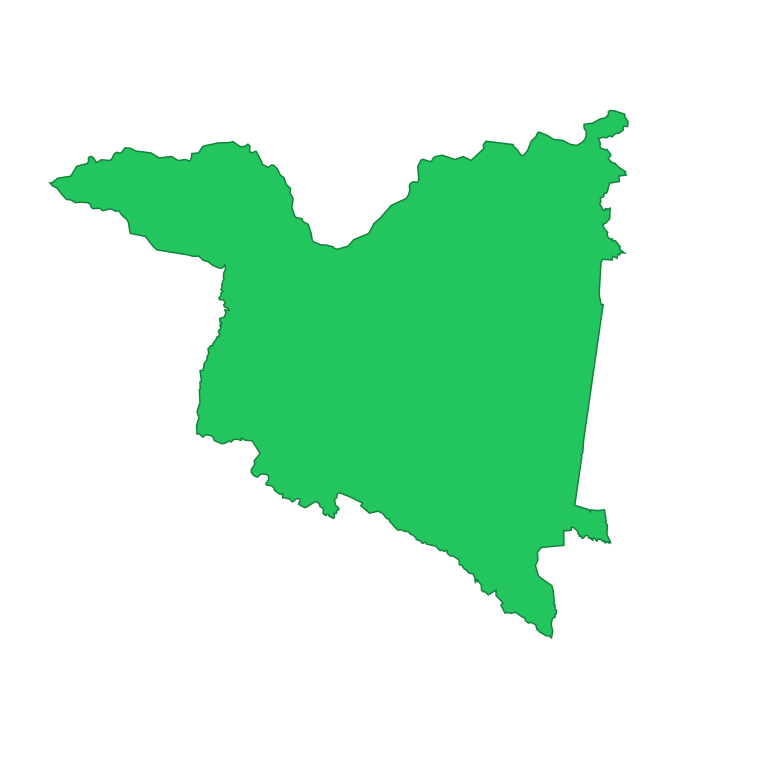 the district of Acateno, Puebla, Mexico, rotated 79°
{"feature_id": "50627088B68645229361242", "entity_name": "Acateno", "entity_type": "district", "adm_level": 2, "iso_a3": "MEX", "parent_name": "Mexico", "parent_adm1": "Puebla", "projection": "albers", "projection_center": [-97.228, 20.1], "detail": "fine", "context": "isolated", "style": "filled", "palette": "green", "viewbox_px": 768, "rotation_deg": 79, "n_neighbors": 0, "source": "geoboundaries", "source_scale": "gbopen_adm2", "svg_char_len": 6164}
<svg xmlns="http://www.w3.org/2000/svg" viewBox="0 0 768 768"><g transform="rotate(79 384 384)"><path d="M582.6,191.9L574.3,193.9L565.1,191.6L562.1,193.1L561.2,192.1L549.6,191.6L549.0,198.7L547.0,204.9L548.9,205.9L546.4,206.8L539.5,219.9L492.8,203.6L491.7,204.1L489.8,202.2L476.8,198.6L347.7,153.7L347.4,155.7L337.4,155.8L306.1,147.8L303.3,145.8L305.8,136.4L302.2,134.8L305.0,131.3L301.0,129.2L302.1,127.9L300.3,126.3L301.2,122.9L296.8,127.1L294.5,126.0L287.7,129.4L286.9,132.6L285.3,132.0L284.3,135.3L281.7,136.3L279.5,136.6L278.0,135.5L273.2,138.2L268.9,138.8L268.6,136.4L265.2,131.1L254.6,128.4L255.1,130.3L254.1,133.1L255.7,134.0L255.0,135.6L247.7,138.0L247.0,136.5L242.6,136.1L242.0,132.7L238.5,131.0L239.1,129.5L238.1,128.2L229.9,124.3L230.2,114.4L224.7,113.7L225.1,106.4L223.0,107.2L221.9,106.2L215.6,112.6L211.3,115.3L210.0,118.1L206.3,120.5L205.0,120.8L203.0,117.7L201.5,117.8L196.2,120.5L196.2,122.1L194.0,125.9L191.7,126.7L189.0,125.7L184.1,126.6L183.5,122.7L184.8,118.3L183.5,115.2L184.9,112.8L182.2,108.8L182.8,105.9L180.6,100.9L177.1,99.9L176.6,99.1L177.8,95.9L173.4,94.4L167.4,96.6L165.0,96.3L160.0,105.3L158.7,109.4L159.5,111.8L162.7,112.5L164.9,116.1L165.1,121.4L167.7,129.3L167.3,138.2L171.1,138.7L174.8,137.2L179.6,138.5L182.2,140.2L184.5,143.1L186.6,149.2L184.5,155.1L179.1,162.0L176.2,170.9L171.0,176.4L166.5,183.5L166.4,185.0L170.3,187.8L173.6,193.1L182.2,198.5L186.3,203.5L186.1,205.1L184.9,206.1L178.8,208.9L175.5,211.4L173.6,211.6L165.1,237.7L168.2,240.9L172.0,241.2L181.2,255.9L175.9,262.8L177.2,271.5L170.5,283.2L170.6,290.4L171.4,292.3L174.3,294.8L174.3,296.8L170.9,302.7L171.3,305.1L176.9,309.3L190.1,310.9L192.1,312.1L192.3,313.9L191.2,315.5L191.6,319.0L193.9,321.2L198.4,321.7L202.4,323.5L206.1,326.6L210.0,342.7L220.2,355.8L224.5,363.1L233.3,370.3L236.6,386.2L241.8,393.0L242.8,403.3L242.5,405.0L240.9,407.4L239.8,407.7L236.8,413.5L235.4,419.4L230.8,426.2L228.6,427.0L221.8,426.8L212.8,427.9L209.3,432.4L206.1,432.9L203.9,438.5L201.7,439.6L192.9,440.8L186.1,438.2L183.7,438.0L178.3,439.9L174.4,438.4L169.4,441.9L162.2,442.9L159.3,445.8L152.5,447.7L148.0,450.7L147.6,452.7L149.4,456.5L145.0,461.6L141.8,461.9L131.0,465.2L131.8,469.0L130.6,471.6L124.9,470.2L122.6,471.8L124.1,475.3L123.8,479.7L117.3,485.9L117.4,490.3L115.7,501.2L116.0,514.4L116.3,516.7L121.7,521.9L121.2,528.7L125.9,530.2L128.1,532.3L125.7,536.1L125.4,543.4L120.1,549.1L119.2,561.5L112.6,568.8L107.9,583.4L104.3,587.7L102.8,593.1L107.0,597.7L106.9,599.6L105.5,602.2L106.8,605.2L110.8,607.9L112.3,610.4L109.9,618.9L110.9,620.6L111.5,624.4L107.0,625.8L104.7,627.9L104.8,629.8L106.0,631.2L108.5,631.3L110.9,633.0L111.6,644.0L120.2,651.8L119.8,665.2L123.1,671.3L122.9,673.6L126.7,671.2L129.1,667.7L137.1,663.7L142.4,660.1L143.4,656.6L147.2,652.2L147.3,648.5L149.4,640.4L151.1,638.2L154.9,637.6L156.3,636.3L157.2,629.6L160.1,627.3L160.0,618.3L162.9,615.1L163.6,611.1L168.0,609.3L173.9,604.8L177.3,604.0L186.7,604.5L187.9,603.9L193.5,590.2L205.1,584.3L209.0,581.3L220.1,551.2L222.2,547.1L223.2,541.4L228.0,537.9L230.2,533.6L235.1,529.1L238.6,524.0L239.3,520.7L236.6,517.3L241.4,517.8L244.2,520.0L248.2,521.2L250.1,521.0L255.6,524.4L258.0,524.3L260.5,526.2L262.3,524.4L263.7,526.8L266.2,527.1L268.0,529.6L269.8,529.5L270.5,525.7L274.3,524.2L275.5,526.2L277.7,526.0L280.3,522.4L282.2,521.9L280.8,526.1L284.0,525.6L287.6,527.7L288.4,532.8L292.5,533.1L292.3,531.8L294.1,531.7L294.6,533.7L296.0,533.8L296.0,532.9L299.3,534.3L299.3,535.5L301.3,536.6L304.0,535.3L304.6,536.7L305.9,537.0L306.1,539.2L308.3,540.4L311.6,544.1L313.8,545.0L313.3,546.6L316.1,550.1L320.6,550.1L323.0,552.3L326.4,553.2L329.4,556.5L336.0,559.0L335.8,562.0L345.1,562.6L347.0,563.2L347.0,564.3L353.2,565.2L354.7,566.4L367.0,568.2L375.5,572.8L382.0,572.2L389.1,576.0L397.4,577.1L397.8,574.5L401.5,572.1L399.8,568.3L401.7,563.5L403.6,561.9L407.2,561.4L411.8,554.3L411.8,551.3L410.3,546.7L411.8,545.0L410.0,542.7L409.9,541.0L410.2,538.4L412.0,535.5L411.8,534.6L410.1,534.7L409.8,533.9L412.4,531.7L414.6,524.3L428.5,518.8L435.0,526.4L438.0,526.0L442.2,530.2L445.0,531.1L446.7,530.7L449.7,528.7L451.3,525.8L448.8,522.2L450.2,516.7L452.4,515.0L454.1,515.2L456.3,515.8L459.0,518.7L460.6,518.9L462.7,513.5L465.1,511.9L467.5,511.8L472.7,506.9L472.4,504.5L476.5,505.2L476.5,503.3L478.5,499.9L478.2,498.8L482.0,496.9L482.1,495.4L479.9,491.9L480.7,488.6L483.4,488.7L484.0,490.0L485.7,490.7L490.2,485.6L489.9,482.8L486.6,474.8L486.8,472.0L489.9,470.3L492.1,470.2L493.9,468.1L495.9,467.4L498.8,468.5L500.9,467.7L501.9,466.0L501.1,465.6L501.2,463.9L503.2,463.1L506.2,459.5L505.6,458.2L501.6,457.8L502.0,455.4L499.2,454.6L498.5,452.2L497.2,452.1L493.7,454.7L488.0,454.6L486.7,452.2L483.2,450.9L482.0,448.8L487.9,439.5L496.7,427.8L499.0,430.0L508.0,422.9L507.7,414.1L510.8,410.1L516.7,406.9L517.6,404.8L519.7,404.8L529.3,398.9L530.3,397.6L530.3,394.8L532.7,391.8L533.5,388.4L536.8,386.4L537.7,384.6L541.2,381.9L542.7,382.0L545.0,378.2L547.5,376.9L547.9,376.2L547.0,373.5L549.3,372.7L553.1,364.2L558.3,360.7L557.9,359.3L559.6,357.1L559.5,354.1L562.3,354.2L565.6,351.4L566.2,348.7L571.1,343.9L575.8,344.5L576.8,342.2L581.0,340.4L581.1,339.6L585.0,337.3L586.4,335.6L587.1,333.0L591.5,331.8L595.9,332.2L595.2,331.6L595.7,330.3L593.8,330.4L594.0,329.8L599.7,326.9L605.0,327.6L607.1,326.1L606.8,324.8L610.9,321.9L607.7,313.4L613.1,314.4L621.7,308.9L623.2,311.3L631.8,309.1L632.2,305.4L633.3,303.2L633.2,298.3L639.5,292.5L640.2,290.7L643.5,290.1L646.2,287.9L646.2,284.9L649.3,281.0L654.2,280.7L655.5,279.1L656.8,278.8L662.2,272.8L662.5,270.5L665.2,268.0L658.5,265.5L651.6,265.8L646.3,263.3L645.4,260.4L643.2,260.4L643.1,259.3L640.7,258.3L638.9,257.9L637.5,259.0L633.4,258.3L632.1,259.5L631.1,258.6L619.1,257.2L614.0,257.7L603.8,267.6L601.2,269.1L591.1,270.0L585.9,266.4L578.5,265.5L574.5,260.8L576.7,238.1L562.6,235.7L563.3,228.3L560.1,227.1L561.7,224.7L565.7,222.0L568.6,221.9L569.2,220.8L570.7,221.3L571.0,219.4L572.9,219.3L573.5,218.0L571.1,214.9L571.9,212.7L574.9,212.0L574.9,209.8L576.6,209.7L577.3,208.9L575.2,208.0L575.2,207.2L578.9,205.0L577.1,203.7L578.0,200.7L580.1,199.2L579.4,198.1L581.9,197.6L582.2,196.8L581.3,196.2L583.2,193.0L582.1,193.0L582.6,191.9Z" fill="#22c55e" stroke="#15803d" stroke-width="1.5"/></g></svg>